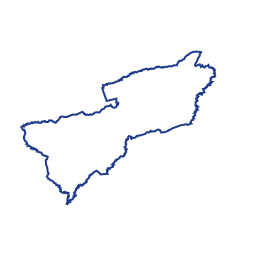 outline of Khlong Hat, Sa Kaeo, Thailand, rotated 250°
{"feature_id": "78962969B65728256000348", "entity_name": "Khlong Hat", "entity_type": "district", "adm_level": 2, "iso_a3": "THA", "parent_name": "Thailand", "parent_adm1": "Sa Kaeo", "projection": "natural_earth1", "projection_center": [102.263, 13.466], "detail": "fine", "context": "isolated", "style": "outline", "palette": "blue", "viewbox_px": 256, "rotation_deg": 250, "n_neighbors": 0, "source": "geoboundaries", "source_scale": "gbopen_adm2", "svg_char_len": 5804}
<svg xmlns="http://www.w3.org/2000/svg" viewBox="0 0 256 256"><g transform="rotate(250 128 128)"><path d="M165.4,28.1L162.3,28.7L161.5,29.2L161.6,29.8L160.5,30.0L158.4,29.8L154.9,26.9L154.4,27.1L153.6,26.6L150.8,26.9L150.2,27.5L148.6,27.9L147.9,27.2L147.7,27.9L145.3,27.4L145.3,29.0L143.0,30.5L142.0,29.7L141.6,30.1L141.7,32.4L141.2,32.6L140.3,32.0L139.9,34.1L138.4,34.1L138.3,35.0L136.9,34.6L136.7,35.5L136.2,35.6L134.4,38.2L131.8,38.4L131.1,39.9L130.0,40.6L129.5,41.8L128.3,42.7L127.9,42.0L126.4,41.4L126.1,40.0L125.5,39.6L121.5,38.4L119.0,38.7L114.0,37.5L112.4,37.9L110.2,35.2L109.8,35.5L107.7,35.6L106.7,36.8L105.5,37.1L104.2,39.0L101.7,39.7L100.8,41.1L99.4,40.9L98.9,41.8L98.5,41.8L98.5,42.3L97.7,42.5L97.5,43.4L97.0,43.1L97.1,43.5L96.7,43.5L96.7,43.9L95.2,43.5L94.9,43.8L94.7,43.3L93.8,43.6L93.2,43.0L92.5,43.7L91.3,43.5L91.3,43.0L90.1,43.7L89.4,44.8L89.6,45.3L89.2,45.5L89.6,46.1L89.2,46.2L89.4,46.5L88.8,46.8L88.9,47.3L88.2,47.2L88.3,47.9L87.7,48.4L87.8,49.3L87.4,49.9L86.5,49.3L85.0,49.3L84.8,48.8L84.1,49.0L83.9,48.2L83.1,48.1L83.2,47.5L82.2,47.3L81.4,46.5L79.7,46.9L79.8,46.2L79.3,46.3L78.6,45.7L78.7,45.3L77.8,44.4L77.3,44.9L77.8,45.4L77.7,46.0L78.4,46.4L78.2,48.3L78.8,48.3L79.2,49.0L79.6,48.3L80.2,48.9L79.9,51.6L81.1,52.7L81.2,53.3L82.1,53.4L81.7,53.9L82.0,54.9L82.5,54.2L83.5,54.7L83.3,55.8L85.4,55.1L85.9,56.5L86.3,56.3L87.4,57.9L88.5,58.2L88.9,59.1L88.5,59.8L88.8,60.6L89.2,60.3L89.3,61.2L89.9,61.0L90.0,61.6L90.5,61.5L90.2,62.2L90.9,62.4L90.5,63.0L90.9,63.5L90.6,63.6L90.8,64.2L90.0,64.7L90.4,64.9L89.8,66.4L91.0,67.4L90.7,68.7L91.8,70.0L91.3,70.6L91.8,71.0L93.2,71.1L94.0,72.7L94.0,73.6L94.8,74.7L96.1,75.0L96.4,76.4L96.9,76.5L96.7,77.3L97.2,78.2L97.0,78.8L98.0,80.4L98.6,83.8L95.7,85.8L93.8,86.3L91.9,93.2L93.6,93.0L94.4,93.7L95.3,93.7L95.0,94.4L96.7,94.9L96.6,95.6L97.0,95.5L96.9,96.1L95.8,96.8L96.7,97.8L96.6,100.0L97.0,101.0L98.4,100.7L98.5,101.8L99.0,101.3L99.0,101.9L99.9,102.0L100.2,103.3L101.8,104.9L101.4,105.8L102.3,106.3L102.1,107.5L102.8,109.9L103.7,110.8L103.9,111.8L102.9,113.2L103.1,114.4L103.4,114.3L104.0,115.9L104.8,115.8L104.7,116.4L105.9,117.2L106.1,118.2L107.3,118.5L108.1,118.1L108.6,119.5L109.6,118.6L111.1,118.2L111.3,119.5L113.0,120.0L113.5,121.0L115.1,120.6L116.4,121.6L116.4,122.1L117.1,122.2L117.3,123.0L117.7,122.6L118.3,124.0L117.9,124.4L119.8,125.3L120.1,126.1L118.6,128.2L117.1,127.2L116.6,127.5L116.9,128.9L116.5,131.8L117.6,133.4L117.0,134.2L117.4,135.8L116.8,137.0L116.6,142.1L117.6,144.4L116.5,146.4L117.6,148.1L117.5,148.6L116.5,148.9L115.8,152.6L116.3,155.7L115.2,157.3L112.5,157.5L111.5,161.1L111.6,165.0L112.2,165.5L112.0,167.4L112.5,169.2L112.5,178.4L111.6,184.1L110.5,185.0L110.5,187.2L110.9,187.7L110.5,189.1L112.1,188.8L113.6,190.6L113.3,191.7L114.3,192.3L114.3,193.3L116.2,192.9L117.0,195.6L118.1,195.4L118.9,195.9L119.3,195.5L119.4,196.8L120.6,196.6L120.4,197.5L120.7,198.3L122.1,198.3L121.6,199.7L122.3,199.5L123.3,200.2L123.9,199.8L124.1,200.8L124.6,200.2L124.9,200.6L125.5,199.9L125.3,199.3L125.9,199.1L126.4,199.8L127.0,199.5L129.4,200.6L129.9,202.6L131.2,201.9L132.3,202.1L131.9,202.7L133.3,204.7L133.9,203.8L134.6,203.7L134.6,204.3L135.5,204.6L135.4,206.5L135.9,206.5L136.3,207.5L136.1,208.1L134.8,207.9L134.1,208.8L135.5,209.5L135.4,212.0L139.0,211.8L138.5,213.5L139.2,215.2L139.6,214.8L139.9,215.5L139.7,216.5L141.4,217.6L140.5,218.5L140.2,219.9L142.2,219.7L142.6,220.5L141.8,221.5L142.5,222.8L142.7,222.2L143.5,221.7L144.5,221.8L145.7,222.8L146.4,222.6L146.5,223.6L147.3,224.3L146.5,226.3L146.7,227.6L147.2,227.8L148.2,227.4L149.2,228.2L150.0,227.5L150.5,228.4L151.2,228.3L151.9,229.0L152.6,228.6L152.7,229.2L153.4,229.4L154.2,229.0L154.3,228.4L155.7,228.2L155.7,227.3L156.5,226.9L156.3,226.4L157.1,225.0L159.6,225.1L159.3,224.4L159.5,221.9L159.0,221.8L158.7,220.5L159.9,219.5L161.6,219.3L160.5,217.4L163.3,217.2L163.1,212.8L164.2,212.5L165.3,213.2L167.3,215.8L169.8,217.8L170.8,219.6L172.8,220.8L174.3,222.6L176.4,218.5L177.3,214.8L176.7,210.6L176.1,209.8L176.1,208.2L174.7,205.4L173.4,204.3L173.7,202.8L172.9,201.5L173.5,198.8L172.3,197.8L171.8,196.6L170.3,195.6L170.3,194.8L171.2,192.6L171.0,189.8L171.9,188.4L172.1,185.2L172.9,184.2L172.7,182.6L173.4,181.5L173.0,181.2L173.7,179.4L175.2,178.0L174.9,176.7L175.7,176.2L175.8,175.3L175.1,174.3L174.9,171.8L175.6,171.0L175.6,170.0L176.0,169.9L175.8,168.0L176.4,167.6L176.1,166.5L176.7,166.5L177.3,165.8L177.6,164.6L177.4,163.4L177.8,162.2L176.9,160.3L177.7,159.8L177.3,159.3L177.7,156.7L177.3,155.0L178.5,153.4L178.4,152.7L177.7,152.1L178.7,150.9L178.4,149.9L177.7,149.8L178.2,148.1L176.9,147.3L176.7,146.4L177.0,145.7L176.4,144.9L176.8,144.2L176.6,143.5L177.7,141.2L177.0,140.1L176.7,138.8L176.0,139.0L175.2,138.6L176.0,137.4L175.4,136.1L176.0,135.7L175.4,135.1L175.4,133.3L175.8,132.3L175.2,130.6L175.9,125.9L176.7,124.9L176.2,124.0L176.6,123.2L175.8,122.9L176.5,121.8L176.0,120.4L176.9,119.2L174.1,118.7L174.3,117.5L172.8,117.3L160.7,117.2L159.6,127.1L155.8,125.7L155.1,127.5L154.3,127.2L153.3,126.5L153.6,125.5L151.9,124.3L151.6,123.5L151.9,121.5L153.1,120.4L155.7,119.7L154.9,118.5L155.9,114.3L154.4,112.2L154.2,109.4L152.3,106.4L153.4,104.4L153.8,101.9L153.2,100.9L153.2,99.2L152.8,98.9L153.2,97.3L153.9,96.9L153.7,95.2L154.7,94.0L154.7,92.7L155.8,92.4L156.1,91.5L157.6,91.6L158.8,90.5L158.2,84.0L159.5,80.7L159.3,73.9L161.5,69.5L161.5,68.1L160.7,67.6L158.9,64.6L158.8,63.2L157.7,62.3L158.0,61.1L159.3,60.4L159.7,59.5L161.3,58.8L161.5,57.4L162.1,56.5L161.0,54.8L161.7,52.9L163.0,52.3L163.1,51.6L162.8,51.4L163.5,49.7L162.6,48.2L163.1,47.4L162.9,46.9L164.0,45.2L164.5,45.4L164.6,43.2L165.4,42.8L165.1,40.3L165.7,40.0L165.6,39.6L166.2,39.5L165.5,37.2L166.4,35.5L165.9,35.1L165.8,34.6L166.1,34.5L165.9,33.8L166.4,33.7L165.7,32.7L166.1,32.5L165.6,31.3L166.0,31.1L165.1,30.6L165.7,30.3L165.8,29.8L166.0,30.0L165.4,28.1Z" fill="none" stroke="#1e3a8a" stroke-width="2"/></g></svg>